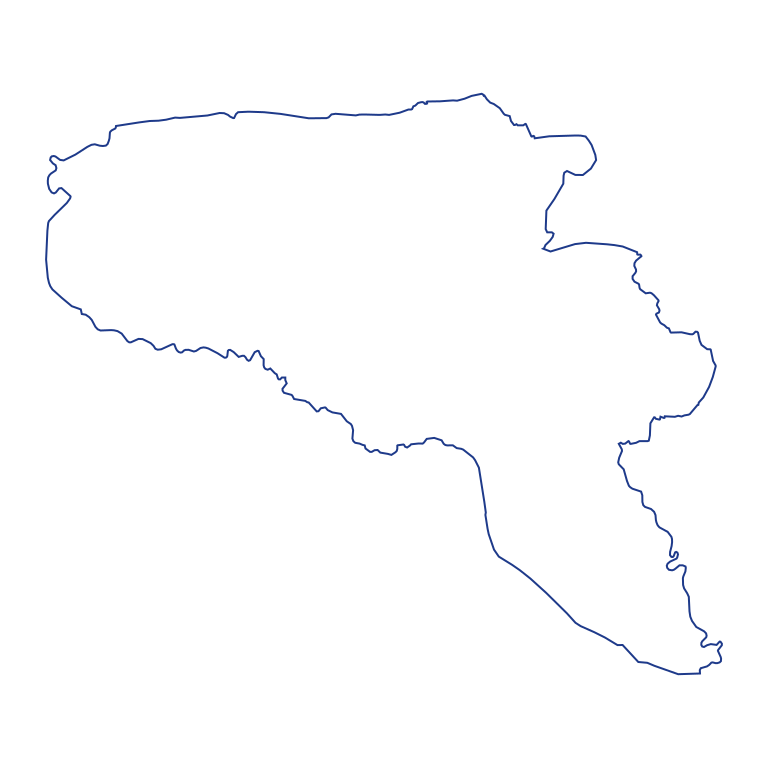 Nong Chik, Pattani, Thailand
{"feature_id": "78962969B59272581561490", "entity_name": "Nong Chik", "entity_type": "district", "adm_level": 2, "iso_a3": "THA", "parent_name": "Thailand", "parent_adm1": "Pattani", "projection": "natural_earth1", "projection_center": [101.184, 6.781], "detail": "fine", "context": "isolated", "style": "outline", "palette": "blue", "viewbox_px": 768, "rotation_deg": 0, "n_neighbors": 0, "source": "geoboundaries", "source_scale": "gbopen_adm2", "svg_char_len": 6071}
<svg xmlns="http://www.w3.org/2000/svg" viewBox="0 0 768 768"><path d="M530.3,578.5L546.2,592.9L566.9,613.3L575.5,622.8L580.6,626.1L594.3,632.2L604.9,637.5L617.5,645.1L622.6,645.0L638.3,662.0L647.3,662.8L654.4,665.8L678.2,674.2L700.0,673.5L699.8,670.1L700.8,668.2L707.0,666.4L709.2,664.9L711.4,662.6L712.7,662.4L715.4,663.1L717.4,663.1L719.6,662.4L720.9,661.2L721.1,658.7L720.7,657.0L717.9,650.8L718.2,649.9L721.8,645.3L721.9,643.7L720.5,641.7L719.6,641.6L716.6,644.9L710.8,644.1L707.1,645.2L704.0,647.0L702.2,646.5L701.3,644.9L701.4,642.8L702.3,641.2L706.2,637.3L706.6,635.7L706.1,633.4L704.1,631.3L696.3,627.0L692.0,620.9L690.3,616.7L689.5,611.4L688.8,596.8L687.2,593.3L684.1,588.4L683.1,585.0L682.9,578.2L683.3,576.5L685.4,571.4L685.8,567.8L685.5,566.5L682.7,565.3L679.5,565.3L675.3,568.8L673.8,569.8L672.1,570.3L669.0,569.8L667.2,567.8L666.8,565.7L667.6,563.7L670.1,561.6L676.5,558.6L677.2,557.5L678.0,554.4L677.4,552.6L676.1,551.9L675.1,552.4L673.7,556.1L672.8,557.0L671.4,556.9L670.0,555.1L670.1,551.9L671.6,546.1L672.1,542.1L672.0,539.0L671.4,536.8L667.7,531.9L659.5,527.4L658.3,526.1L657.4,524.8L656.4,522.2L655.9,520.1L655.5,515.1L654.1,511.8L651.0,509.0L645.0,506.9L643.3,505.2L642.4,502.0L642.3,495.3L641.1,491.6L632.4,488.7L630.2,487.2L628.9,485.8L627.0,481.0L623.7,469.3L618.8,464.3L618.2,462.3L619.2,457.7L622.0,451.0L621.8,449.3L618.8,443.8L620.8,442.7L622.8,443.9L625.2,443.6L628.4,441.1L629.0,441.4L630.1,443.7L630.7,443.9L636.1,442.8L639.5,441.1L647.7,441.1L648.8,440.7L649.9,435.4L650.4,423.3L654.1,417.3L654.7,417.3L655.9,418.8L659.4,419.6L659.9,419.4L660.5,416.7L664.0,418.0L664.6,417.7L664.8,416.3L674.9,416.8L678.1,415.8L681.6,416.5L684.4,415.4L688.5,414.7L689.8,414.1L697.5,405.0L698.3,404.9L698.8,402.5L703.3,397.5L709.1,386.9L712.8,377.0L715.7,366.4L715.6,365.4L713.1,361.0L710.7,349.6L710.3,349.3L707.2,349.2L701.5,344.9L699.7,340.8L698.0,332.6L697.1,331.8L695.5,331.7L693.3,333.9L692.3,334.3L690.0,334.2L681.5,332.3L671.0,332.6L670.5,332.2L668.9,328.4L666.9,327.7L664.3,325.2L661.4,323.6L660.1,322.4L656.0,314.7L656.4,313.7L658.9,312.5L659.5,310.7L659.2,309.2L656.9,305.3L657.3,303.4L658.6,301.0L658.4,300.2L653.9,295.2L651.5,293.2L650.0,292.7L645.7,293.3L640.2,289.2L639.6,288.0L639.1,284.7L638.6,283.8L634.5,281.7L632.6,278.9L632.6,276.2L635.4,272.8L636.1,271.3L636.0,269.5L634.3,265.9L634.5,263.2L636.1,260.6L641.4,256.2L641.2,255.5L640.3,254.6L638.0,254.7L637.3,254.4L637.1,252.2L622.7,246.5L614.5,245.1L607.1,244.3L586.0,242.8L575.0,244.1L550.5,251.5L543.2,248.7L544.1,248.2L545.5,245.0L549.9,240.8L552.7,236.9L553.6,233.7L551.8,232.3L547.2,232.3L545.7,229.1L546.4,210.6L554.4,199.0L563.3,183.7L563.6,175.6L564.3,172.7L567.0,171.0L575.3,174.9L582.9,175.0L590.9,168.6L596.1,160.1L595.3,154.9L591.6,145.0L588.8,140.6L585.6,136.5L580.6,135.6L575.8,135.5L549.2,136.3L534.7,138.3L534.2,136.3L533.2,135.9L531.9,136.6L531.3,136.3L525.9,124.1L525.3,123.9L523.3,125.3L517.7,125.3L516.5,124.2L514.9,125.0L514.0,125.0L511.0,121.0L509.7,116.1L504.9,114.8L503.7,113.7L499.8,108.2L493.8,104.0L490.2,102.6L486.9,99.3L484.4,95.5L483.8,95.8L483.0,94.5L481.7,93.8L471.6,95.9L464.6,98.7L457.1,100.7L453.1,100.4L440.2,101.3L427.2,101.5L426.6,102.1L427.1,102.7L427.1,103.5L426.0,103.9L424.8,103.8L423.8,102.6L422.7,102.1L421.1,102.2L418.0,103.0L415.3,105.6L413.4,106.3L412.1,109.1L411.2,109.5L408.5,109.5L399.7,112.7L389.1,114.9L385.3,114.5L379.7,114.9L364.6,114.5L359.5,114.6L355.8,115.4L335.6,113.8L331.5,114.4L328.6,117.4L326.5,118.1L308.9,118.3L280.6,113.9L264.0,112.2L248.5,111.7L238.1,112.2L236.0,114.1L234.1,118.0L233.2,118.1L230.1,116.6L228.0,114.9L224.1,113.2L219.6,113.0L207.4,115.5L179.9,117.9L175.1,117.6L166.1,119.7L158.5,120.7L149.8,121.0L139.2,122.4L116.0,126.0L115.8,127.5L115.3,128.5L111.8,130.3L110.3,131.7L109.9,132.7L109.5,138.3L108.8,140.9L107.6,144.0L105.9,145.6L102.9,146.0L99.8,145.7L94.8,144.3L91.5,144.8L87.3,146.9L75.4,154.6L63.7,160.4L60.1,159.9L55.5,156.5L53.8,156.0L51.7,156.4L50.7,157.5L50.1,160.0L52.9,163.4L55.6,165.2L56.4,168.1L55.7,170.4L50.9,173.6L49.4,175.2L48.2,177.4L47.8,180.7L47.9,183.7L49.2,188.9L51.6,192.4L54.0,193.4L55.8,192.5L59.1,188.4L61.5,188.1L70.4,196.1L70.6,196.7L70.1,198.4L66.8,203.0L54.7,214.8L48.9,221.1L48.2,223.0L47.4,230.7L46.1,259.7L47.8,277.7L49.0,282.9L50.3,286.2L52.4,289.4L61.6,297.7L71.8,306.2L80.8,309.4L81.8,314.0L85.7,314.7L89.3,317.2L91.8,320.0L95.4,326.8L97.7,329.3L100.5,330.5L111.1,330.1L114.0,330.3L117.5,331.1L121.7,333.6L127.4,341.1L129.2,342.3L130.9,342.3L138.5,338.9L142.6,339.1L150.7,343.1L153.5,345.8L155.4,348.8L157.7,349.7L161.2,349.3L172.4,344.2L173.9,344.2L174.4,344.5L175.9,348.5L177.0,350.4L178.7,352.0L180.6,352.6L182.1,352.3L184.0,350.5L185.4,349.9L188.6,349.8L193.9,351.5L196.1,350.9L200.5,348.0L203.5,347.4L205.8,347.7L208.4,348.5L217.5,353.2L224.5,357.7L225.8,357.7L226.8,357.0L227.3,356.0L227.9,350.8L228.8,350.0L230.2,349.9L233.7,352.1L238.7,356.9L242.3,355.8L244.0,355.8L245.5,357.2L247.0,359.7L248.6,360.8L250.1,360.2L254.7,352.2L257.5,350.8L258.6,351.0L260.9,356.2L263.7,359.1L263.6,365.3L264.2,367.4L265.4,368.9L267.7,369.7L270.3,368.5L274.8,373.2L276.7,374.4L278.0,378.5L278.7,379.3L280.1,379.4L281.9,377.5L285.3,377.5L285.3,380.1L286.7,383.4L282.5,388.8L282.6,390.7L284.0,392.8L291.6,394.9L292.4,395.8L294.1,399.0L305.3,400.9L307.2,402.2L308.7,402.5L316.7,411.4L318.5,411.2L320.8,408.3L325.0,407.4L325.7,407.7L327.7,410.1L332.4,412.4L341.0,413.9L346.8,421.3L350.9,424.1L352.0,425.9L353.1,430.2L352.4,438.6L353.4,441.2L355.2,442.8L359.6,443.6L362.6,444.9L364.7,445.4L365.5,448.5L370.1,451.9L371.7,451.9L374.6,450.2L377.6,450.0L380.3,452.6L387.9,453.9L391.4,454.9L395.4,452.3L396.7,451.0L397.3,448.9L397.3,445.6L397.6,445.3L403.4,444.5L404.1,444.9L405.1,446.7L407.1,447.5L409.9,445.6L411.1,444.3L418.6,443.5L422.7,443.6L424.0,442.5L426.7,438.9L434.2,437.9L441.6,440.3L443.7,443.8L445.3,445.0L447.2,445.4L452.8,445.3L456.7,448.1L461.2,448.8L463.2,449.6L473.1,457.4L475.1,460.2L478.9,467.7L484.3,501.7L485.8,512.5L485.4,514.9L487.6,528.9L488.7,534.1L494.0,549.6L498.8,556.6L512.2,564.9L519.7,570.1L530.3,578.5Z" fill="none" stroke="#1e3a8a" stroke-width="2"/></svg>